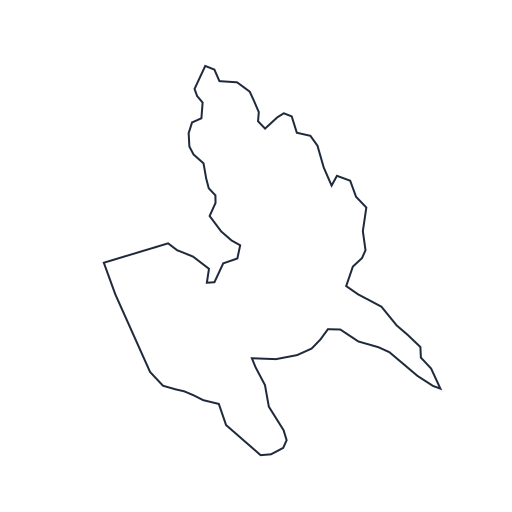 Poço Dantas, Rio Grande do Norte, Brazil (Albers equal-area conic projection), rotated 77°
{"feature_id": "56859067B46276558587081", "entity_name": "Poço Dantas", "entity_type": "district", "adm_level": 2, "iso_a3": "BRA", "parent_name": "Brazil", "parent_adm1": "Rio Grande do Norte", "projection": "albers", "projection_center": [-38.522, -6.388], "detail": "fine", "context": "isolated", "style": "outline", "palette": "slate", "viewbox_px": 512, "rotation_deg": 77, "n_neighbors": 0, "source": "geoboundaries", "source_scale": "gbopen_adm2", "svg_char_len": 1249}
<svg xmlns="http://www.w3.org/2000/svg" viewBox="0 0 512 512"><g transform="rotate(77 256 256)"><path d="M223.9,338.8L228.3,405.8L261.8,401.7L345.2,385.3L361.5,375.8L367.8,364.4L371.7,356.4L377.8,348.0L384.5,340.0L391.8,325.5L414.0,323.2L451.1,296.3L452.6,286.0L449.1,272.7L442.4,267.6L432.0,268.3L405.7,277.4L383.8,276.3L364.1,281.5L354.7,283.0L358.5,269.0L361.0,259.7L361.8,238.2L358.7,222.6L351.9,212.1L343.5,202.4L346.6,190.4L362.3,175.5L372.5,157.1L379.8,147.6L409.2,125.6L422.4,112.8L426.7,106.2L405.0,110.7L392.1,118.2L381.7,116.3L366.9,126.0L355.4,134.5L333.6,145.2L316.3,165.2L305.6,174.9L288.1,164.0L281.9,153.2L275.0,148.0L255.8,146.3L233.6,137.6L220.8,145.2L203.8,147.3L196.1,159.1L204.4,166.5L185.0,170.1L162.3,171.3L151.1,176.0L145.1,188.5L128.0,189.8L123.2,196.8L125.7,204.1L133.9,218.5L125.2,223.7L116.4,220.9L104.9,223.0L94.5,225.1L82.5,235.4L77.4,252.3L65.0,254.6L59.4,262.7L79.4,278.3L86.9,277.4L94.5,273.5L109.5,278.2L111.5,288.3L121.2,294.0L134.4,296.3L143.1,294.0L153.9,286.3L169.3,287.1L179.4,286.8L187.8,281.9L195.2,283.5L206.6,292.2L224.4,284.3L235.4,276.3L242.0,269.0L254.2,274.7L255.8,289.6L272.2,302.4L271.0,309.9L257.9,304.7L242.4,317.5L232.6,331.6L223.9,338.8Z" fill="none" stroke="#1e293b" stroke-width="2"/></g></svg>